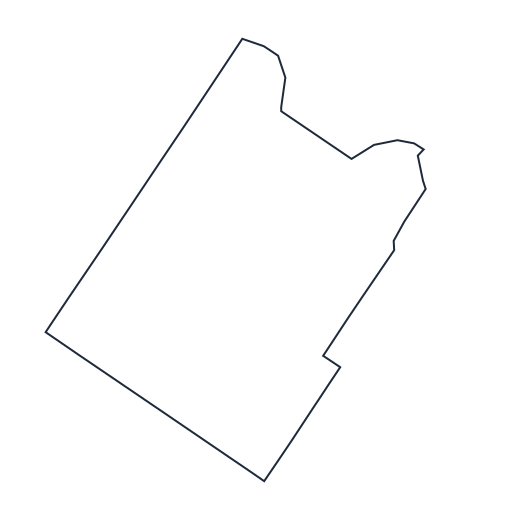 Ramsey, Minnesota, United States of America, rotated 214°
{"feature_id": "52423323B15495736799264", "entity_name": "Ramsey", "entity_type": "district", "adm_level": 2, "iso_a3": "USA", "parent_name": "United States of America", "parent_adm1": "Minnesota", "projection": "orthographic", "projection_center": [-93.118, 45.006], "detail": "fine", "context": "isolated", "style": "outline", "palette": "slate", "viewbox_px": 512, "rotation_deg": 214, "n_neighbors": 0, "source": "geoboundaries", "source_scale": "gbopen_adm2", "svg_char_len": 638}
<svg xmlns="http://www.w3.org/2000/svg" viewBox="0 0 512 512"><g transform="rotate(214 256 256)"><path d="M348.8,74.9L255.0,74.6L165.8,74.2L139.7,74.1L123.3,73.9L123.2,100.8L123.2,122.2L123.7,165.6L123.7,170.9L123.9,188.9L124.0,210.9L144.5,210.8L145.0,256.3L145.0,284.3L144.7,338.1L150.3,345.5L152.3,367.5L152.8,406.4L159.7,411.8L178.0,429.7L176.6,438.1L187.9,437.8L203.5,431.1L220.3,414.1L231.1,389.9L316.0,390.1L318.3,393.4L331.4,420.3L349.7,434.4L366.8,434.3L388.8,428.4L388.1,322.5L388.1,285.0L387.9,221.1L387.9,213.4L387.8,177.2L388.0,116.6L387.9,87.1L387.8,75.2L348.8,74.9Z" fill="none" stroke="#1e293b" stroke-width="2"/></g></svg>